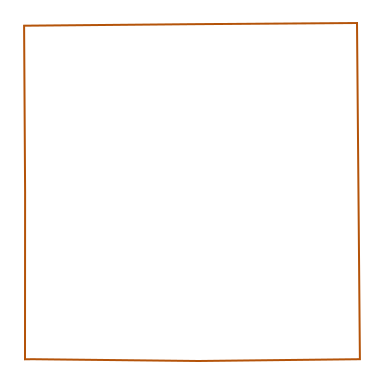 the district of Barry, Michigan, United States of America
{"feature_id": "52423323B99535382147082", "entity_name": "Barry", "entity_type": "district", "adm_level": 2, "iso_a3": "USA", "parent_name": "United States of America", "parent_adm1": "Michigan", "projection": "orthographic", "projection_center": [-85.333, 42.595], "detail": "fine", "context": "isolated", "style": "outline", "palette": "amber", "viewbox_px": 384, "rotation_deg": 0, "n_neighbors": 0, "source": "geoboundaries", "source_scale": "gbopen_adm2", "svg_char_len": 227}
<svg xmlns="http://www.w3.org/2000/svg" viewBox="0 0 384 384"><path d="M357.0,23.0L190.8,24.2L24.1,25.7L25.1,192.4L25.0,359.3L32.5,359.2L198.5,361.0L359.9,359.2L357.0,23.0Z" fill="none" stroke="#b45309" stroke-width="2"/></svg>